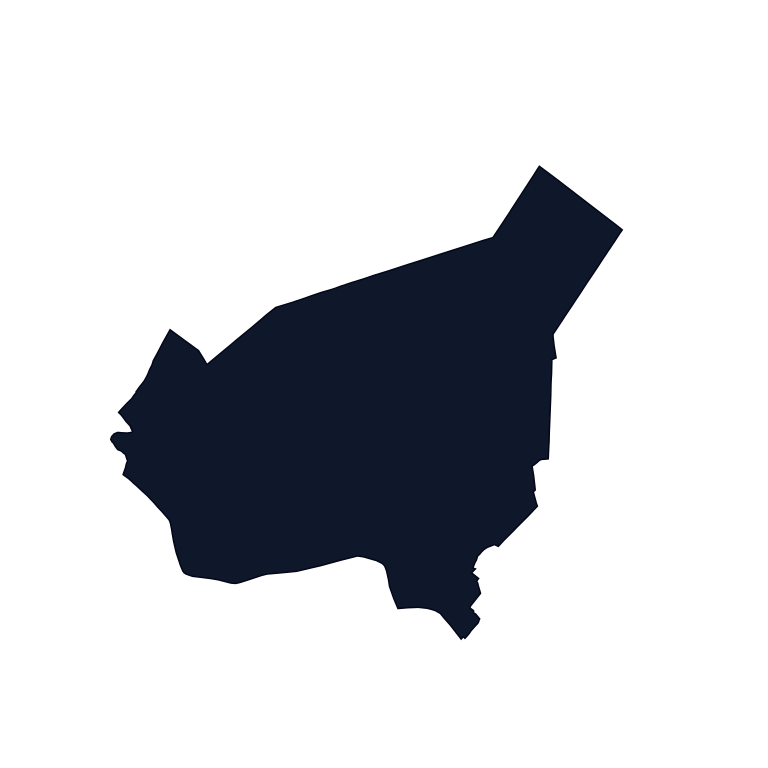 the district of Cai Be, Tiền Giang, Vietnam, rotated 33°
{"feature_id": "81297802B56348725354679", "entity_name": "Cai Be", "entity_type": "district", "adm_level": 2, "iso_a3": "VNM", "parent_name": "Vietnam", "parent_adm1": "Tiền Giang", "projection": "natural_earth1", "projection_center": [105.923, 10.405], "detail": "fine", "context": "isolated", "style": "filled", "palette": "ink", "viewbox_px": 768, "rotation_deg": 33, "n_neighbors": 0, "source": "geoboundaries", "source_scale": "gbopen_adm2", "svg_char_len": 4310}
<svg xmlns="http://www.w3.org/2000/svg" viewBox="0 0 768 768"><g transform="rotate(33 384 384)"><path d="M518.0,564.7L525.9,558.6L534.4,552.6L534.6,552.5L542.3,548.6L546.4,547.2L550.4,546.1L556.7,545.7L557.0,546.0L562.3,547.7L570.6,550.0L587.6,555.9L587.6,555.7L588.2,552.7L590.4,553.2L590.9,550.2L591.3,547.2L591.4,543.4L592.2,538.0L592.7,535.2L592.9,534.3L593.0,533.2L592.9,532.2L592.5,530.8L592.3,530.0L592.2,529.1L592.2,528.9L586.1,527.0L583.9,527.2L582.5,525.3L578.6,525.1L577.7,524.7L577.5,522.6L579.0,507.0L573.5,502.3L572.8,501.7L571.0,499.9L569.0,498.9L569.2,496.5L569.3,495.6L560.3,494.7L561.4,489.3L558.7,489.9L557.6,484.4L557.4,481.5L557.3,481.0L556.2,477.4L556.9,474.7L557.2,471.9L558.0,468.4L559.5,464.9L564.1,458.5L568.3,457.9L569.8,449.2L572.8,435.2L573.2,432.8L576.8,415.9L578.1,408.9L578.1,408.6L578.6,406.1L579.2,402.9L576.8,401.1L574.8,399.3L567.9,393.1L568.3,391.7L568.6,390.7L568.0,389.8L559.7,379.7L552.9,372.2L554.0,369.9L555.0,366.8L555.9,363.5L556.4,362.5L557.5,361.2L560.7,358.8L562.5,357.3L556.7,347.5L554.1,342.9L549.8,335.9L547.7,332.4L544.8,327.5L532.8,307.3L530.3,303.1L523.0,291.3L522.9,291.1L522.5,290.4L518.9,284.1L512.5,273.7L511.5,272.2L514.1,268.3L512.3,266.4L505.7,259.1L499.7,251.8L498.6,250.0L498.7,247.8L498.8,234.8L498.8,229.1L498.8,228.3L498.9,220.5L499.0,215.3L499.0,208.8L499.1,202.3L499.1,195.8L499.1,189.3L499.2,182.6L499.3,176.3L499.3,176.0L499.4,169.3L499.4,162.5L499.4,158.6L499.5,155.7L499.5,152.8L499.5,149.0L499.6,148.0L499.6,142.4L499.7,140.1L499.7,135.3L499.7,130.1L499.9,125.0L492.0,124.2L484.1,123.6L421.5,118.6L412.3,117.9L395.7,116.8L395.7,120.4L395.7,121.5L395.8,126.2L395.8,130.9L395.8,139.8L395.8,144.3L395.8,148.2L395.8,149.4L395.8,159.2L395.8,164.2L395.8,168.0L395.8,169.5L395.9,170.5L395.6,201.2L395.4,202.1L388.8,209.8L381.2,219.2L373.8,228.2L365.8,238.0L359.9,245.2L353.0,253.7L346.3,261.9L339.2,270.5L332.2,279.2L324.5,288.7L317.0,297.6L309.7,306.9L302.0,316.1L294.6,325.4L289.3,332.4L287.9,334.0L286.9,335.2L281.6,341.3L275.7,348.8L268.4,358.3L261.0,367.5L251.5,378.8L247.7,390.2L245.1,399.1L242.1,409.1L238.6,420.1L236.2,427.7L233.5,436.7L229.6,449.2L227.1,457.2L225.2,463.4L224.9,464.2L224.6,464.0L219.1,461.2L210.2,457.0L191.9,456.0L189.3,455.8L183.5,455.5L175.0,455.0L175.1,456.0L176.0,469.5L176.6,475.7L177.2,481.9L177.8,490.1L178.2,491.4L178.9,493.9L179.1,494.8L179.5,498.8L179.8,500.6L180.6,504.5L180.9,507.2L181.1,509.9L181.2,511.8L181.1,514.1L180.5,520.2L180.3,525.6L180.8,526.0L180.4,530.6L180.4,531.8L180.4,533.9L180.3,534.2L180.2,534.7L179.8,536.2L179.5,537.9L179.4,538.3L179.1,539.4L178.5,542.7L177.9,546.0L177.4,549.0L177.0,551.5L176.9,552.4L177.7,552.6L180.1,553.0L185.0,554.7L187.7,555.8L190.4,556.5L193.4,557.3L194.3,557.7L196.3,559.1L198.8,560.7L199.3,561.2L199.3,561.4L199.1,561.6L198.8,561.9L197.7,562.9L196.6,563.9L195.6,564.8L191.1,567.5L187.3,569.5L187.1,569.6L186.8,570.0L186.3,570.7L185.0,572.5L184.7,573.3L184.6,573.8L184.7,574.5L184.5,575.1L184.3,575.7L184.3,576.5L184.5,577.6L184.9,579.0L185.1,579.4L185.4,579.6L186.4,580.0L187.0,580.4L187.5,580.6L188.3,580.8L188.9,580.8L190.5,581.6L192.2,582.4L192.9,582.8L193.2,582.9L193.6,583.0L194.8,583.5L196.1,583.9L196.4,584.0L196.8,584.0L197.3,583.9L197.8,583.8L199.0,583.5L199.4,583.4L199.8,583.4L200.3,583.4L201.1,583.4L201.6,583.5L202.0,583.6L202.9,583.8L203.4,583.8L204.0,583.8L204.5,583.8L205.2,583.9L205.5,584.0L207.2,585.3L209.0,586.8L209.3,587.0L209.5,587.2L210.4,587.7L210.5,587.9L210.8,588.3L211.2,590.0L211.3,590.7L211.6,591.9L212.3,593.6L212.9,595.4L213.4,597.5L213.9,599.6L214.3,601.2L214.3,601.4L214.6,602.1L220.7,602.4L225.3,603.0L227.4,603.5L230.5,603.9L235.2,604.7L240.2,605.6L245.3,606.4L249.3,607.3L250.9,607.7L255.6,608.8L261.0,610.4L266.4,611.7L271.7,613.2L276.2,614.5L277.0,614.7L277.6,614.9L279.9,616.4L281.2,617.6L285.2,621.7L288.3,625.2L293.5,630.8L301.6,638.6L306.1,642.2L312.1,647.0L317.1,650.4L319.2,651.2L321.5,651.2L324.0,650.6L328.1,649.6L337.2,645.1L344.7,641.5L347.2,640.4L351.6,638.5L364.1,634.3L368.0,632.2L370.1,630.2L371.4,628.8L375.6,623.7L385.7,611.1L389.4,607.1L398.1,600.3L403.8,595.8L412.7,588.7L423.4,577.5L429.8,570.9L443.7,555.3L455.4,542.7L461.0,540.1L473.8,536.2L479.7,535.5L481.9,535.7L484.1,536.5L487.9,539.3L494.4,545.7L498.8,550.7L508.9,558.5L518.0,564.7Z" fill="#0f172a" stroke="#020617" stroke-width="1.5"/></g></svg>